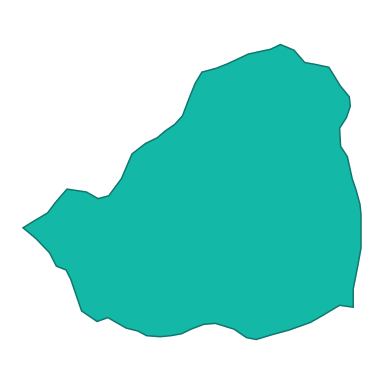 the district of Leonarisso, Cyprus
{"feature_id": "46923920B82945546489957", "entity_name": "Leonarisso", "entity_type": "district", "adm_level": 2, "iso_a3": "CYP", "parent_name": "Cyprus", "parent_adm1": "", "projection": "robinson", "projection_center": [34.124, 35.465], "detail": "fine", "context": "isolated", "style": "filled", "palette": "teal", "viewbox_px": 384, "rotation_deg": 0, "n_neighbors": 0, "source": "geoboundaries", "source_scale": "gbopen_adm2", "svg_char_len": 942}
<svg xmlns="http://www.w3.org/2000/svg" viewBox="0 0 384 384"><path d="M23.0,227.8L36.0,238.6L49.6,252.9L56.4,266.2L66.1,270.0L70.9,279.6L76.7,296.7L81.6,311.0L97.1,321.5L107.8,317.6L126.2,328.1L137.8,331.0L146.6,335.7L160.2,336.7L170.8,335.7L181.5,333.8L191.2,329.1L203.8,324.3L215.5,323.4L233.9,329.1L246.5,337.6L256.2,339.5L271.7,334.8L289.2,330.0L310.5,322.4L322.2,315.7L339.6,305.3L353.2,307.2L353.2,289.1L358.1,264.3L361.0,248.1L361.0,231.0L361.0,214.8L360.0,204.4L356.1,190.1L352.2,178.7L347.4,156.8L340.6,146.3L339.6,128.2L346.4,117.7L350.3,106.3L349.3,96.8L340.6,86.3L328.9,67.3L315.4,64.4L304.7,62.5L294.0,50.2L280.4,44.5L270.7,49.2L248.4,54.0L228.1,63.5L216.4,68.2L201.9,72.1L195.1,83.5L189.3,97.8L182.5,115.8L174.7,124.4L165.0,131.1L157.3,137.7L145.6,143.4L132.0,153.9L121.4,178.7L108.7,195.8L98.1,198.6L86.4,192.0L67.0,189.1L55.4,202.5L47.6,212.9L33.1,221.5L23.0,227.8Z" fill="#14b8a6" stroke="#0f766e" stroke-width="1.5"/></svg>